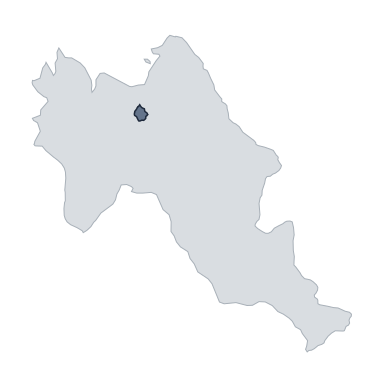 Sunchon City, P'yŏngan-namdo, North Korea (highlighted), rotated 92°
{"feature_id": "82179303B13009461499859", "entity_name": "Sunchon City", "entity_type": "district", "adm_level": 2, "iso_a3": "PRK", "parent_name": "North Korea", "parent_adm1": "P'yŏngan-namdo", "projection": "natural_earth1", "projection_center": [125.947, 39.488], "detail": "fine", "context": "in_parent", "style": "filled", "palette": "slate", "viewbox_px": 384, "rotation_deg": 92, "n_neighbors": 0, "source": "geoboundaries", "source_scale": "gbopen_adm2", "svg_char_len": 3916}
<svg xmlns="http://www.w3.org/2000/svg" viewBox="0 0 384 384"><g transform="rotate(92 192 192)"><path d="M236.4,299.3L234.6,300.3L231.7,305.5L228.9,312.2L226.2,315.8L223.1,317.8L219.8,318.9L213.1,319.4L207.1,319.0L205.2,318.3L196.9,318.7L194.5,319.2L182.6,318.6L176.4,319.2L172.5,320.5L168.5,323.2L165.0,327.2L162.0,331.5L155.8,339.4L151.4,343.3L151.4,348.8L151.3,350.5L149.8,351.7L149.2,351.2L146.7,350.8L136.6,345.7L128.2,348.8L126.1,352.8L123.9,354.1L120.6,346.2L115.2,346.0L106.5,339.0L102.8,340.5L101.9,343.3L97.2,349.6L90.5,354.9L88.4,355.6L86.0,355.3L86.3,353.8L83.6,347.9L73.2,345.5L69.4,342.9L67.5,342.4L77.8,335.8L80.4,334.6L78.5,333.1L76.3,332.3L67.9,333.3L63.5,331.1L57.1,331.8L52.7,330.1L61.9,323.6L62.3,319.8L62.2,316.9L66.9,308.3L71.6,303.5L83.7,296.7L88.9,295.8L92.8,296.1L95.9,295.4L92.6,292.9L89.4,291.7L83.2,291.9L76.7,288.0L76.1,283.9L88.7,258.0L88.9,255.7L87.0,249.4L86.3,243.2L77.4,239.7L73.4,239.3L61.9,232.3L57.3,228.8L55.5,229.9L55.2,235.4L53.5,236.6L50.5,237.7L49.0,231.4L46.5,226.8L38.9,222.2L36.2,219.6L37.6,214.1L36.9,213.6L38.2,207.4L42.9,202.6L54.4,194.0L57.3,190.0L63.1,185.3L65.8,185.4L68.5,185.0L69.3,183.0L69.9,181.3L72.2,179.9L77.8,177.3L84.2,173.9L89.2,172.9L95.5,167.8L98.0,165.5L100.5,165.5L101.2,164.5L102.7,161.8L104.6,160.1L107.4,159.8L111.9,158.5L117.5,157.7L121.3,153.4L122.6,150.4L125.2,147.0L130.5,143.3L134.2,137.9L138.3,132.0L140.3,130.1L142.2,129.7L143.3,127.5L144.6,121.2L146.5,115.1L147.6,112.2L152.3,109.0L153.5,107.5L154.6,107.0L156.7,107.4L159.7,105.6L162.4,103.5L164.9,104.2L167.5,105.9L170.2,109.3L171.4,112.0L173.5,114.3L173.9,117.5L176.1,119.0L180.6,119.7L187.9,121.9L192.7,122.0L195.4,123.7L201.1,124.6L212.4,123.3L217.1,124.1L219.1,126.1L222.0,127.7L223.8,127.8L226.3,125.0L229.0,120.5L230.7,117.0L230.6,114.3L229.0,111.3L225.3,108.5L222.8,104.3L220.4,99.8L219.0,98.4L217.9,96.3L217.6,93.0L218.4,90.8L224.1,89.3L231.3,88.4L237.2,89.3L247.0,88.7L252.9,87.5L257.4,87.6L261.5,87.6L263.3,85.7L269.0,81.2L271.7,79.6L274.7,76.5L275.2,73.3L275.7,70.7L277.4,67.9L280.4,64.4L282.9,62.9L285.7,63.1L288.8,64.6L290.7,66.2L292.8,65.8L294.6,63.1L295.7,62.5L299.2,62.3L300.2,60.6L301.4,52.7L302.6,46.4L302.8,42.0L305.8,34.8L306.7,30.4L308.5,28.4L310.6,28.5L312.3,29.8L314.6,30.6L317.5,29.9L319.6,31.0L320.9,33.3L325.3,34.9L325.7,36.1L325.7,44.0L328.2,47.7L331.4,51.0L335.9,54.1L338.2,54.8L339.7,56.9L341.1,60.7L344.3,64.3L345.9,67.0L346.3,69.7L347.8,71.3L345.3,73.0L342.0,72.0L336.5,71.3L329.6,76.8L325.8,78.7L323.1,84.0L317.7,87.2L314.7,90.5L310.9,96.4L308.5,102.0L302.7,107.8L299.3,115.0L299.2,121.2L303.1,127.6L303.5,133.0L301.0,144.2L302.6,156.0L301.0,160.7L283.0,168.8L278.3,172.8L271.7,183.4L263.7,187.3L258.6,191.6L251.7,194.1L247.3,201.6L242.4,205.8L236.5,208.3L232.2,211.6L222.4,211.8L215.5,214.1L210.6,220.3L195.8,227.4L193.8,232.7L194.8,241.0L195.0,247.3L193.7,252.5L190.4,251.0L188.7,252.7L186.8,257.5L187.4,263.0L192.5,264.8L196.7,267.0L202.5,268.2L206.9,270.7L216.2,282.3L223.8,287.3L225.7,289.2L230.1,291.8L234.1,295.8L236.4,299.3ZM63.7,242.6L60.9,244.4L60.8,241.2L63.0,238.5L65.2,238.2L63.7,242.6Z" fill="#d9dde1" stroke="#a8b0b8" stroke-width="1"/><path d="M106.6,247.3L107.5,247.9L108.5,248.4L108.5,248.9L108.6,249.1L109.1,249.3L109.8,249.8L110.8,250.1L111.7,250.8L112.4,251.1L113.2,251.9L114.1,252.1L114.6,252.0L115.1,252.3L115.7,252.3L116.6,252.3L117.5,252.0L118.0,251.0L118.7,250.1L119.0,249.8L119.7,249.5L120.5,249.1L121.4,248.6L122.3,248.1L122.9,247.6L122.9,247.0L122.6,245.8L122.1,245.1L122.0,244.4L122.0,243.9L122.0,243.1L122.1,242.8L121.5,242.1L121.0,241.6L120.5,241.1L120.1,240.8L119.2,240.8L118.6,240.8L118.1,240.8L117.6,240.3L117.5,239.9L117.3,239.8L117.1,239.8L116.8,239.4L116.5,239.3L116.2,238.9L115.7,239.3L115.1,239.4L114.6,239.8L114.1,240.4L113.9,240.9L113.4,241.6L112.8,242.1L112.3,242.1L111.6,242.3L111.0,242.4L110.5,242.5L110.0,243.9L109.3,245.3L108.0,246.4L106.6,247.3Z" fill="#64748b" stroke="#1e293b" stroke-width="1.5"/></g></svg>